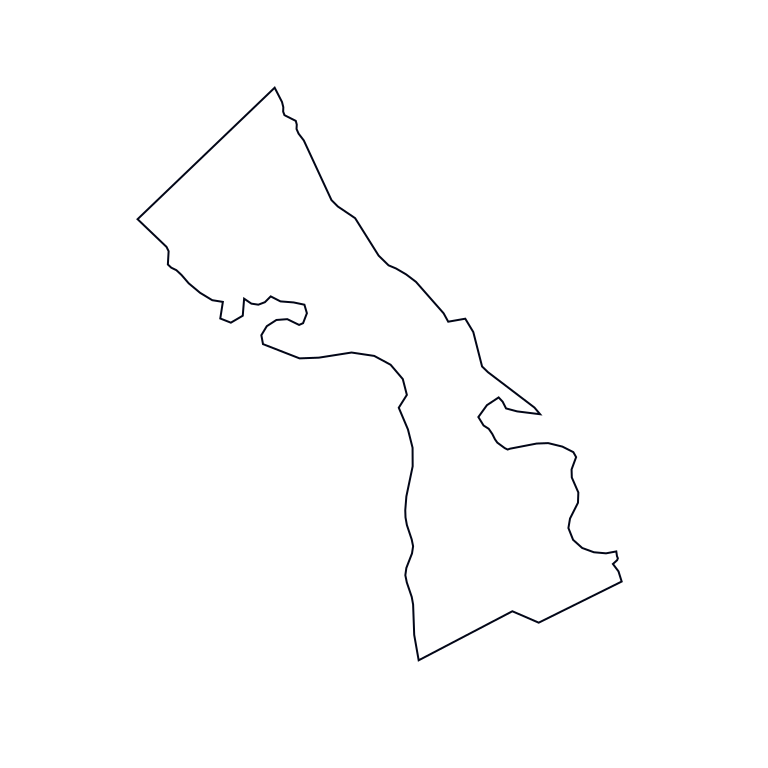 SVG path tracing the border of Puerto Princesa, rotated 105°
{"feature_id": "PHL-5533", "entity_name": "Puerto Princesa", "entity_type": "Highly Urbanized City", "adm_level": 1, "iso_a3": "PHL", "parent_name": "Philippines", "parent_adm1": "", "projection": "robinson", "projection_center": [118.779, 9.911], "detail": "fine", "context": "isolated", "style": "outline", "palette": "ink", "viewbox_px": 768, "rotation_deg": 105, "n_neighbors": 0, "source": "natural_earth", "source_scale": "10m", "svg_char_len": 1606}
<svg xmlns="http://www.w3.org/2000/svg" viewBox="0 0 768 768"><g transform="rotate(105 384 384)"><path d="M126.1,566.3L138.0,555.5L142.7,552.9L147.0,551.9L150.1,549.7L152.7,537.3L156.0,535.4L160.3,534.5L164.3,531.3L169.5,524.5L220.0,482.3L224.5,474.5L231.3,454.8L261.4,422.4L268.2,410.3L269.3,402.3L272.4,391.0L277.1,379.5L300.3,344.7L307.2,338.1L299.9,322.4L310.7,311.2L341.7,293.8L345.7,286.6L367.8,232.6L372.8,225.4L376.0,248.3L376.0,259.8L370.4,264.8L367.3,269.8L377.8,279.1L391.5,284.3L398.3,277.1L400.2,271.2L404.3,266.4L408.7,262.5L411.3,259.4L414.7,250.7L415.3,247.6L413.9,245.6L402.0,221.1L398.6,210.1L398.3,195.5L400.8,183.5L404.9,179.5L418.0,180.7L425.7,178.4L438.5,168.2L448.5,165.9L465.8,169.5L475.4,168.6L485.6,161.0L491.1,150.1L492.2,137.7L490.1,125.7L485.6,116.3L490.0,114.4L491.8,113.0L493.8,113.2L498.6,116.3L504.3,109.0L513.3,103.3L574.5,172.8L570.3,201.2L641.9,279.0L618.5,289.9L589.5,298.8L582.5,302.1L569.8,310.6L563.2,313.9L555.9,314.8L540.4,313.1L533.2,313.9L527.0,317.0L514.3,325.4L507.3,328.7L500.4,330.8L486.8,333.3L456.1,335.0L438.2,339.9L421.7,349.1L403.1,363.6L388.6,359.1L374.4,367.1L363.7,382.6L359.4,400.7L362.0,423.5L375.4,453.7L381.1,472.2L376.8,511.2L368.6,515.1L358.5,512.2L350.0,504.5L346.4,494.2L348.9,481.3L346.2,477.9L335.6,476.8L328.0,481.4L328.6,492.4L331.0,505.4L328.7,516.1L335.8,520.2L339.9,525.9L340.7,532.9L337.8,541.2L354.6,538.1L364.4,547.8L363.1,559.1L346.4,560.9L347.5,571.6L343.5,585.3L337.3,598.7L331.1,607.8L327.8,614.0L326.7,619.6L324.5,623.7L311.5,626.4L307.9,629.5L288.6,664.7L126.1,566.3Z" fill="none" stroke="#020617" stroke-width="2"/></g></svg>